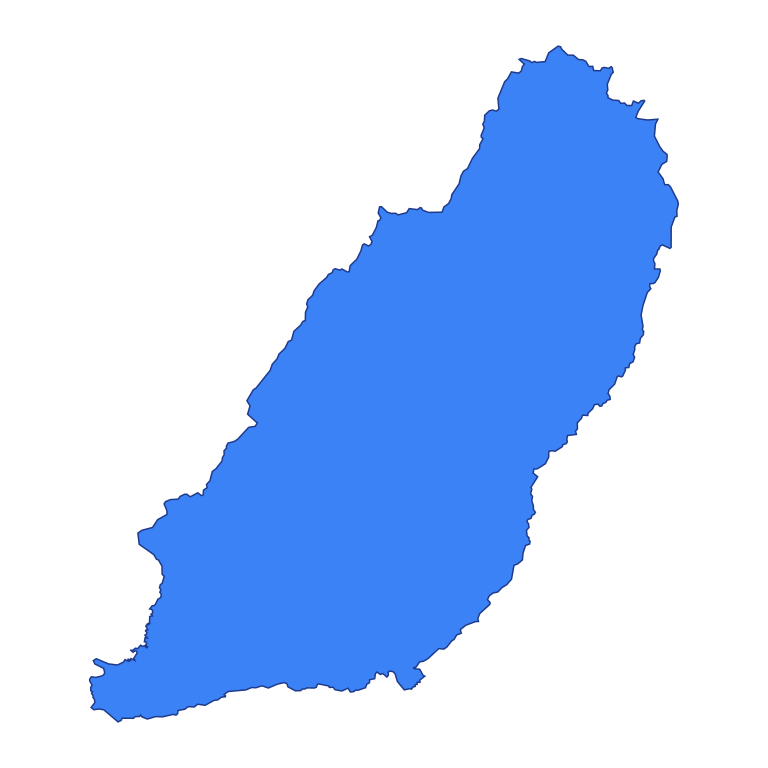 Long, Phrae, Thailand (orthographic projection)
{"feature_id": "78962969B48493646022270", "entity_name": "Long", "entity_type": "district", "adm_level": 2, "iso_a3": "THA", "parent_name": "Thailand", "parent_adm1": "Phrae", "projection": "orthographic", "projection_center": [99.83, 18.152], "detail": "fine", "context": "isolated", "style": "filled", "palette": "blue", "viewbox_px": 768, "rotation_deg": 0, "n_neighbors": 0, "source": "geoboundaries", "source_scale": "gbopen_adm2", "svg_char_len": 6073}
<svg xmlns="http://www.w3.org/2000/svg" viewBox="0 0 768 768"><path d="M526.5,530.2L529.0,527.5L528.5,523.6L526.9,521.7L527.7,519.5L531.0,518.4L532.1,515.2L534.4,514.2L535.4,512.3L533.4,509.4L533.4,505.7L531.8,501.0L532.5,496.4L530.6,493.7L531.8,489.2L531.0,487.2L537.7,476.8L533.2,473.1L533.8,469.1L537.3,468.8L545.3,463.8L548.7,457.2L548.8,451.5L551.5,450.7L555.3,451.2L562.3,446.7L562.9,444.7L566.2,443.6L567.3,442.0L566.8,439.0L567.6,435.5L576.4,434.4L575.5,431.1L577.4,429.1L577.3,423.0L581.5,418.2L582.5,415.2L587.8,415.5L588.0,413.2L592.7,408.7L594.5,404.6L598.2,404.2L599.9,406.3L601.7,406.0L603.0,403.5L605.8,402.4L607.1,400.3L610.2,399.4L609.9,396.3L608.1,393.5L609.0,389.8L614.6,384.2L617.3,376.5L619.0,376.0L621.3,376.9L622.7,376.1L625.4,370.3L625.4,367.8L628.8,367.5L629.6,363.6L633.1,361.8L634.6,357.3L633.2,354.3L634.8,349.7L634.7,346.4L636.3,343.7L639.6,343.0L640.4,338.2L643.3,334.9L643.7,331.5L642.3,329.7L643.0,326.3L641.1,315.0L642.9,305.8L647.3,292.5L650.8,288.7L649.6,286.4L649.9,283.7L653.5,283.5L655.0,282.5L658.4,277.4L660.3,270.8L659.9,269.0L654.5,269.0L654.9,263.6L653.6,261.0L653.6,258.5L656.7,254.2L657.8,249.9L658.8,249.5L660.2,246.0L662.4,244.9L669.9,248.4L671.1,247.4L671.2,227.0L674.9,217.0L677.0,216.3L676.8,210.4L678.3,204.3L677.8,201.1L670.5,186.8L668.3,184.7L664.6,184.6L663.0,178.7L658.1,172.0L661.9,164.3L666.7,161.4L667.2,155.8L666.9,154.3L663.1,151.3L659.8,146.7L654.4,136.1L655.5,124.0L657.9,119.2L647.6,120.0L637.9,118.7L635.8,117.4L638.3,111.1L644.7,101.0L643.9,100.3L640.8,101.0L638.5,103.2L633.4,101.0L631.7,105.5L627.0,105.5L624.5,103.0L620.9,103.4L618.7,100.5L612.7,100.1L607.8,97.5L608.1,95.9L606.4,92.9L607.8,90.1L607.3,84.2L611.5,73.9L613.2,72.5L612.2,67.7L611.1,66.7L608.6,68.4L604.3,67.4L602.1,67.9L600.4,70.8L593.7,70.5L592.7,66.3L589.0,66.6L585.8,61.3L582.9,59.8L578.5,59.5L573.4,55.2L567.8,55.1L561.7,49.2L560.6,46.8L558.2,46.1L548.7,52.8L545.2,61.6L536.4,62.4L534.6,61.4L532.0,62.6L529.5,60.9L521.4,58.5L519.1,59.4L524.3,64.1L522.5,66.4L521.3,70.9L518.8,73.1L511.4,71.9L507.5,79.0L504.7,81.6L497.9,98.2L498.9,109.2L496.2,111.2L492.7,110.0L489.4,110.8L484.7,115.2L484.4,121.2L482.8,124.1L484.2,127.9L481.1,135.5L481.3,137.3L483.0,138.7L479.7,144.7L479.6,148.6L472.5,158.2L467.5,168.6L463.5,171.2L461.0,175.8L459.1,183.8L451.8,194.7L451.2,198.6L448.6,203.5L444.0,206.9L442.0,212.2L428.5,212.4L422.5,210.1L421.5,208.0L420.1,207.6L417.6,209.6L409.2,208.6L406.6,212.7L398.1,214.9L395.7,213.3L391.2,213.4L387.3,212.2L381.5,206.7L379.6,206.8L378.2,213.0L380.9,217.9L379.6,220.4L378.0,220.8L376.3,227.5L372.3,235.3L369.5,236.8L372.0,241.4L371.0,244.3L368.6,246.0L364.2,243.9L362.5,245.0L360.9,250.9L356.8,259.2L350.2,265.6L349.1,271.6L347.4,272.0L342.0,269.0L339.9,270.1L335.1,268.7L333.3,269.7L332.0,272.8L328.4,274.4L326.6,277.5L319.1,284.0L314.0,291.0L312.7,295.2L308.0,299.7L306.6,304.0L307.8,306.8L305.5,312.2L305.3,320.5L302.7,321.5L300.8,325.0L293.9,331.3L291.5,340.2L288.3,341.5L284.9,348.4L279.0,354.0L277.1,358.8L272.2,364.4L270.2,370.3L256.1,388.0L253.3,389.8L246.9,400.7L250.0,405.9L247.6,414.2L257.3,423.0L255.2,426.3L248.6,427.4L237.7,439.2L234.3,441.4L228.0,443.1L226.3,446.3L226.6,447.9L224.0,450.8L224.2,454.7L222.5,457.5L222.0,461.1L215.9,468.8L212.3,471.5L209.9,480.8L206.5,484.4L207.1,487.7L203.5,490.1L203.2,494.9L201.5,495.6L197.8,492.8L190.2,496.8L186.8,494.2L184.5,494.3L180.2,496.4L178.2,499.1L170.5,499.6L165.6,501.6L164.1,503.9L166.9,510.6L167.0,514.5L157.7,519.6L152.5,527.5L141.8,530.3L137.9,533.1L139.2,544.3L153.9,554.7L156.5,559.3L158.5,560.0L162.0,566.2L162.1,574.2L164.2,576.3L162.2,583.3L160.3,584.7L159.5,587.6L160.9,589.9L159.8,592.2L161.3,594.4L160.7,597.6L157.9,599.2L155.3,604.4L153.9,605.7L152.1,605.8L149.7,609.0L151.7,609.4L152.6,610.8L152.4,613.5L151.0,614.2L152.5,615.9L149.7,616.5L149.5,622.7L147.6,623.9L149.1,624.0L145.8,626.1L147.8,629.8L146.3,629.8L145.5,630.9L146.9,632.5L146.3,634.6L144.9,635.2L147.3,637.9L145.1,637.7L144.4,641.8L146.4,642.1L146.5,644.0L145.3,645.2L147.6,647.0L146.5,647.8L144.8,645.7L142.6,646.4L140.6,645.2L137.6,648.7L135.5,648.2L132.2,650.6L130.3,649.9L133.1,652.3L134.9,650.8L136.6,651.3L137.1,653.0L133.8,658.2L134.9,660.5L131.1,658.5L130.2,659.7L128.1,659.2L127.9,660.1L129.9,660.7L128.5,661.3L125.0,659.6L123.6,662.0L117.5,665.0L108.5,663.9L96.3,658.7L93.3,660.6L94.9,664.0L103.6,668.3L104.6,672.1L104.3,674.1L102.1,675.9L95.8,677.4L91.4,676.8L89.7,679.1L89.7,681.0L92.2,685.5L90.7,687.2L90.8,690.8L92.4,691.8L91.5,693.4L93.3,695.9L92.9,697.4L94.3,699.0L94.9,702.5L91.1,707.5L93.7,709.7L99.1,709.0L103.8,709.8L118.1,721.9L121.1,720.4L122.2,718.2L133.5,718.3L135.1,716.6L139.6,716.5L140.6,715.0L142.1,717.0L147.3,719.0L155.7,716.6L162.8,716.8L172.9,714.4L176.0,715.1L177.6,713.7L178.1,710.5L184.9,709.2L188.2,706.6L194.2,707.0L197.7,704.2L205.1,705.3L214.0,700.4L217.8,699.9L221.5,697.1L225.3,696.8L225.6,696.0L224.1,694.4L228.3,691.5L245.9,689.9L251.8,687.5L255.8,687.8L261.9,685.8L268.4,688.0L277.3,684.2L284.0,682.6L286.9,683.6L287.9,686.8L295.3,690.8L300.8,690.6L302.3,689.0L305.1,689.0L306.7,687.9L314.5,688.0L316.4,687.2L317.3,684.5L318.5,683.9L328.5,685.9L329.4,687.4L333.2,687.3L335.0,689.7L341.9,691.0L348.0,688.2L350.4,692.0L353.9,691.6L355.3,690.2L358.2,690.2L365.5,687.7L366.8,684.2L369.5,682.7L369.6,679.7L374.7,678.7L375.4,673.7L377.0,672.0L380.3,674.5L382.8,673.5L386.9,677.1L388.4,675.1L388.1,672.1L390.1,671.1L393.1,671.7L395.2,674.0L397.3,681.4L404.3,689.9L409.5,688.7L411.5,689.2L412.9,687.1L415.2,686.4L415.0,684.8L417.2,684.3L417.3,682.2L420.0,682.3L419.8,680.1L424.8,676.2L423.1,675.4L419.7,669.2L414.2,668.8L413.7,667.8L416.0,667.1L419.7,661.8L423.4,661.3L428.0,658.6L438.8,648.6L443.9,649.1L446.8,647.1L451.5,641.1L454.2,639.3L456.6,635.0L461.3,633.2L460.3,629.6L465.9,625.2L475.5,621.6L478.5,621.5L477.8,618.7L479.6,613.7L489.8,604.4L490.1,602.7L487.5,599.6L489.1,596.0L492.9,593.1L497.9,591.9L502.1,587.5L506.7,584.7L511.5,579.2L514.0,565.3L517.7,563.9L522.4,559.9L523.0,553.3L525.5,545.5L529.5,544.1L530.1,541.4L528.8,539.7L529.1,537.8L527.1,536.0L526.5,530.2Z" fill="#3b82f6" stroke="#1e3a8a" stroke-width="1.5"/></svg>